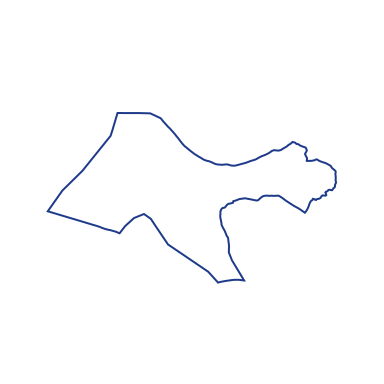 outline of Markhah As Sufla, Shabwah, Yemen, rotated 247°
{"feature_id": "15242507B42108001153056", "entity_name": "Markhah As Sufla", "entity_type": "district", "adm_level": 2, "iso_a3": "YEM", "parent_name": "Yemen", "parent_adm1": "Shabwah", "projection": "robinson", "projection_center": [46.113, 14.696], "detail": "fine", "context": "isolated", "style": "outline", "palette": "blue", "viewbox_px": 384, "rotation_deg": 247, "n_neighbors": 0, "source": "geoboundaries", "source_scale": "gbopen_adm2", "svg_char_len": 4090}
<svg xmlns="http://www.w3.org/2000/svg" viewBox="0 0 384 384"><g transform="rotate(247 192 192)"><path d="M198.8,304.0L198.6,303.7L197.9,301.6L197.6,299.2L196.9,297.0L196.6,294.7L196.3,292.4L195.9,290.1L196.3,287.8L197.3,285.9L198.4,284.0L198.6,281.7L198.1,279.5L197.7,277.2L197.6,274.9L197.6,272.5L197.7,270.2L197.6,267.9L197.3,265.5L197.1,263.2L197.3,260.8L197.6,258.6L197.7,256.1L197.8,253.8L198.0,251.5L198.4,249.1L198.7,246.7L199.0,244.5L199.4,242.1L200.2,240.0L201.3,238.1L202.7,236.5L203.9,234.7L204.6,232.5L205.3,230.3L206.3,228.3L207.3,226.4L208.6,224.5L210.2,223.0L212.0,221.4L213.6,219.8L215.0,217.8L216.6,216.0L218.2,214.7L220.0,213.5L221.6,212.2L223.4,211.0L225.3,209.6L227.3,208.4L229.1,207.4L230.9,206.4L232.8,205.4L234.6,204.5L236.6,203.4L238.7,202.5L240.7,201.9L242.8,201.3L244.8,200.8L246.9,200.3L249.1,199.6L251.1,199.1L253.0,198.5L255.2,197.8L257.2,197.1L259.3,196.4L261.5,195.4L263.6,194.7L265.6,194.0L267.6,193.3L269.6,192.7L271.9,192.1L272.1,192.0L280.7,184.3L285.3,174.2L293.8,154.3L280.0,142.9L276.4,139.8L275.5,139.0L254.3,99.4L244.0,73.3L230.6,51.7L222.9,61.0L196.2,93.2L194.6,94.7L193.1,96.3L191.7,97.9L190.3,99.7L189.0,101.6L187.7,103.3L186.3,105.0L184.9,106.7L183.2,108.3L182.3,109.2L186.8,117.3L190.7,128.5L190.5,139.2L183.4,143.6L175.9,145.0L153.1,149.4L112.2,175.8L98.4,180.6L98.4,180.8L98.1,183.1L97.6,185.4L97.5,185.8L97.1,187.7L96.5,190.0L95.9,192.2L95.3,194.5L94.6,196.7L93.7,198.9L92.8,201.0L91.6,203.0L90.4,205.0L90.2,205.4L113.5,202.1L122.0,202.3L128.1,205.1L135.8,207.3L138.2,206.8L140.5,206.9L141.7,206.9L142.7,207.0L144.6,206.8L145.8,206.7L146.9,206.5L148.1,206.5L149.1,206.4L150.1,206.4L151.2,206.7L152.2,207.1L153.2,207.2L154.0,207.4L154.3,207.5L155.2,207.7L156.2,207.8L157.2,208.0L158.3,208.4L159.0,208.7L159.2,208.8L160.1,209.3L161.0,209.7L161.9,210.1L162.9,210.5L163.6,211.1L164.3,211.9L164.9,212.7L165.3,213.8L165.1,214.8L164.9,215.9L165.3,217.1L165.9,218.0L166.4,219.1L166.8,220.1L166.8,221.3L166.5,222.3L166.1,225.5L166.3,225.7L166.7,225.9L167.4,226.4L167.4,226.7L167.2,227.8L167.1,229.0L167.0,230.2L167.0,231.3L167.0,232.5L166.8,233.6L166.5,234.7L166.2,235.8L165.8,237.1L165.6,238.2L162.0,243.6L158.9,248.1L158.6,249.7L159.9,253.2L160.3,255.0L160.3,256.3L160.1,257.4L159.9,258.3L159.4,259.4L159.0,260.3L158.5,261.3L158.0,262.3L157.6,263.4L157.1,264.6L156.6,265.5L156.2,266.6L155.8,267.6L155.4,268.7L155.1,269.7L154.2,270.8L151.1,272.9L146.9,275.3L139.4,280.4L135.0,283.9L128.8,287.8L129.9,289.8L130.4,290.5L131.0,291.3L131.6,292.0L132.3,292.8L133.0,293.5L133.7,294.2L134.4,294.8L135.2,295.5L135.9,296.2L136.5,297.0L137.0,297.6L137.4,298.5L137.4,299.0L137.5,299.5L138.1,300.2L138.4,300.6L138.0,300.9L138.0,301.4L137.6,301.7L137.1,302.0L136.5,302.6L136.2,303.1L136.3,303.4L136.7,303.5L136.5,304.9L136.2,305.8L136.2,307.0L136.4,308.0L137.7,309.9L137.8,311.2L137.3,311.9L136.5,313.3L136.6,314.3L138.4,314.7L139.4,314.6L139.9,315.4L139.8,316.4L140.0,317.4L140.5,318.3L140.4,319.3L139.9,320.2L139.3,320.9L138.9,321.7L139.6,322.9L140.2,323.6L140.4,324.5L140.8,325.4L141.6,326.0L142.4,326.3L143.2,326.9L143.8,327.7L144.4,328.3L145.3,328.5L146.1,328.6L146.3,328.7L147.0,329.0L147.8,329.3L148.6,329.7L149.5,330.1L150.4,330.4L151.1,330.6L152.1,330.9L152.9,331.2L153.6,331.7L154.9,332.3L155.3,332.2L156.2,331.9L157.0,331.5L157.7,331.1L158.5,330.7L159.4,330.3L160.2,330.0L161.1,330.1L161.9,329.8L162.7,329.3L163.4,328.7L164.1,328.2L164.9,327.6L165.5,327.0L166.2,326.5L166.9,325.8L167.4,325.1L168.1,324.3L168.7,323.6L169.4,322.9L170.0,322.2L170.8,321.5L171.5,320.9L172.2,320.4L173.1,319.8L173.5,318.8L173.4,317.9L173.4,316.9L173.6,316.0L173.8,315.1L174.0,314.1L174.4,313.2L174.7,312.4L175.1,311.5L175.3,310.6L175.9,309.8L176.8,310.4L177.5,310.8L178.4,311.1L179.3,311.1L180.2,310.9L181.1,310.9L182.0,310.9L182.8,310.9L183.5,311.6L184.0,312.4L184.6,313.1L185.2,313.8L186.1,314.1L186.9,314.0L187.8,314.1L188.6,313.8L189.3,313.1L189.9,312.4L190.5,311.7L191.2,311.0L192.0,310.2L192.8,309.5L193.7,309.1L194.4,308.5L195.0,307.7L195.5,306.9L196.3,306.6L197.1,306.2L197.7,305.5L198.3,304.7L198.8,304.0Z" fill="none" stroke="#1e3a8a" stroke-width="2"/></g></svg>